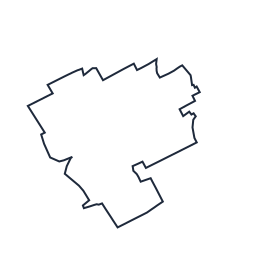 outline of Tahdziú, Yucatán, Mexico, rotated 326°
{"feature_id": "50627088B40660272766976", "entity_name": "Tahdziú", "entity_type": "district", "adm_level": 2, "iso_a3": "MEX", "parent_name": "Mexico", "parent_adm1": "Yucatán", "projection": "natural_earth1", "projection_center": [-88.888, 20.245], "detail": "fine", "context": "isolated", "style": "outline", "palette": "slate", "viewbox_px": 256, "rotation_deg": 326, "n_neighbors": 0, "source": "geoboundaries", "source_scale": "gbopen_adm2", "svg_char_len": 1544}
<svg xmlns="http://www.w3.org/2000/svg" viewBox="0 0 256 256"><g transform="rotate(326 128 128)"><path d="M205.4,106.1L202.1,106.1L198.2,106.2L191.9,105.6L182.6,104.0L182.8,98.9L183.7,96.6L184.7,95.0L185.1,94.3L185.8,93.6L186.2,92.7L186.7,91.5L187.2,90.5L190.3,86.9L180.8,86.5L172.2,85.6L167.9,85.0L168.8,77.9L157.2,76.6L134.0,74.4L135.1,60.6L132.0,58.6L130.0,58.7L127.2,59.0L124.8,59.2L124.0,59.3L122.5,59.4L120.8,59.4L123.2,53.1L119.7,52.3L118.4,51.9L114.9,51.3L112.6,50.9L110.9,50.7L109.1,50.4L104.1,49.7L85.5,47.3L85.0,55.3L84.9,57.2L79.4,56.5L57.3,53.7L56.4,85.3L52.4,84.8L49.6,94.1L47.0,108.9L52.3,117.3L56.7,118.9L65.7,120.8L63.7,120.9L55.9,125.4L50.0,130.6L55.1,148.4L55.9,155.0L55.4,166.2L47.3,167.0L46.6,169.8L52.7,171.7L57.0,172.9L59.4,173.7L60.9,175.2L64.3,176.0L64.1,183.1L64.1,183.8L64.0,192.9L63.9,196.6L63.9,197.5L63.8,204.6L83.8,207.1L88.5,207.7L91.6,208.1L96.5,208.7L102.3,208.6L103.1,208.6L105.2,208.6L108.8,208.5L111.5,208.5L115.7,208.5L117.5,193.3L118.3,185.6L118.7,182.3L108.5,179.6L109.3,174.4L109.5,171.1L108.5,166.5L110.0,163.4L110.5,162.2L116.2,163.2L121.2,164.0L120.9,167.2L120.5,171.1L130.3,172.4L136.3,173.2L140.2,173.7L176.9,178.4L177.5,173.4L179.5,168.8L181.8,163.6L186.7,157.7L188.2,157.1L190.7,156.2L190.6,154.1L190.6,152.5L188.1,152.3L187.9,148.7L180.4,149.0L181.0,143.6L181.3,141.3L187.9,141.9L189.0,142.0L198.7,143.0L199.5,137.3L207.5,138.4L208.1,132.0L206.0,132.0L206.5,128.9L205.1,128.3L207.8,122.7L208.5,121.3L209.4,119.2L208.0,106.4L205.4,106.1Z" fill="none" stroke="#1e293b" stroke-width="2"/></g></svg>